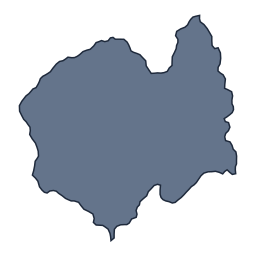 Pedra do Indaiá, Minas Gerais, Brazil
{"feature_id": "56859067B98249268301401", "entity_name": "Pedra do Indaiá", "entity_type": "district", "adm_level": 2, "iso_a3": "BRA", "parent_name": "Brazil", "parent_adm1": "Minas Gerais", "projection": "robinson", "projection_center": [-45.221, -20.289], "detail": "fine", "context": "isolated", "style": "filled", "palette": "slate", "viewbox_px": 256, "rotation_deg": 0, "n_neighbors": 0, "source": "geoboundaries", "source_scale": "gbopen_adm2", "svg_char_len": 2626}
<svg xmlns="http://www.w3.org/2000/svg" viewBox="0 0 256 256"><path d="M47.1,193.0L49.8,191.0L53.4,190.5L56.3,191.2L58.6,193.3L62.3,195.8L65.5,198.4L68.1,199.6L71.1,200.9L74.1,200.9L78.6,202.3L80.9,205.5L83.9,209.2L88.5,211.4L92.9,214.0L94.2,218.5L93.4,222.4L96.1,225.0L99.5,225.2L102.8,225.4L105.4,227.1L108.1,229.1L110.0,233.4L110.6,236.6L111.0,240.6L114.1,238.0L114.1,234.0L114.4,229.2L116.8,226.3L120.6,224.8L124.1,224.6L126.8,224.6L129.2,223.1L131.6,219.0L136.2,217.3L137.0,214.2L136.1,210.5L137.3,207.1L139.4,204.9L140.0,201.7L142.8,199.1L146.7,195.8L148.3,191.7L151.2,188.7L154.1,185.5L157.5,184.3L160.5,185.2L160.1,189.8L160.1,194.4L161.1,197.6L163.1,199.7L165.7,200.9L169.1,201.7L172.3,203.0L175.2,202.4L178.1,199.9L181.2,197.5L183.9,194.8L186.3,192.1L188.9,189.4L191.4,186.6L194.1,184.8L196.3,182.6L198.4,179.5L201.0,175.7L203.9,173.1L208.1,171.8L211.7,171.7L215.5,171.3L219.2,172.3L222.7,173.9L224.7,171.5L227.1,169.8L229.7,172.3L232.3,174.4L235.7,173.7L235.3,169.9L235.4,166.6L236.5,163.9L236.5,160.3L236.6,156.1L235.9,151.9L233.2,149.2L232.0,145.3L230.0,141.9L225.6,140.6L224.7,136.8L225.7,133.4L228.4,130.7L229.9,127.2L228.5,122.6L225.3,121.6L224.2,118.6L227.0,116.8L229.9,114.6L232.2,112.6L233.5,109.7L233.3,106.6L232.0,103.9L231.9,100.1L232.6,95.9L231.6,91.7L227.8,89.7L224.6,88.3L224.8,84.4L225.4,79.0L223.1,74.8L220.4,73.1L218.0,71.0L218.1,67.3L220.0,64.0L220.7,58.4L220.4,52.9L218.1,47.8L214.7,48.6L212.1,45.5L211.8,41.0L211.8,36.5L209.5,32.5L207.2,28.6L204.0,24.6L200.3,21.8L199.5,18.8L199.6,15.4L195.6,16.3L192.9,17.1L190.7,19.4L189.1,21.8L187.6,24.9L185.0,27.2L180.7,28.9L176.7,31.4L175.6,35.7L177.9,39.3L177.9,42.5L176.6,45.4L176.2,48.6L174.6,52.2L172.3,56.8L172.1,61.5L172.0,65.5L169.3,67.9L167.3,71.4L164.1,72.6L161.0,73.1L157.4,72.9L154.6,73.2L151.2,73.4L148.9,70.0L146.2,65.9L145.7,60.8L142.2,57.2L139.9,54.7L137.3,53.6L133.5,52.3L131.0,50.9L129.9,47.8L128.6,44.8L127.1,42.1L123.9,39.3L119.2,39.2L115.3,39.2L113.0,37.4L110.4,37.9L108.1,40.8L104.8,41.6L101.5,40.6L98.8,41.7L96.1,42.6L93.8,45.9L90.2,49.3L87.0,50.1L83.0,51.6L79.7,54.6L77.3,56.3L74.5,57.6L71.7,57.7L67.9,57.2L65.6,59.0L63.0,60.7L59.5,61.5L56.3,64.1L53.0,68.1L50.4,71.7L48.1,73.3L45.5,74.9L42.8,76.3L40.4,78.6L39.3,81.7L38.0,84.4L36.1,87.6L32.9,89.0L31.0,91.3L29.0,93.6L26.0,95.9L23.9,98.6L21.8,101.3L19.4,105.7L19.6,111.2L21.7,115.5L23.7,119.3L26.2,121.8L28.0,124.5L30.0,127.2L30.3,130.7L29.7,134.5L32.2,138.8L35.4,143.0L36.9,146.9L38.2,151.1L38.5,156.2L37.0,158.7L35.2,161.2L34.6,166.0L33.7,170.6L32.4,175.1L35.5,178.1L37.9,181.2L39.5,186.8L42.0,190.1L44.4,192.3L47.1,193.0Z" fill="#64748b" stroke="#1e293b" stroke-width="1.5"/></svg>